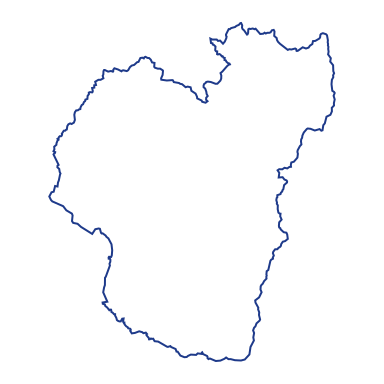 outline of Rong Kwang, Phrae, Thailand
{"feature_id": "78962969B55827771181130", "entity_name": "Rong Kwang", "entity_type": "district", "adm_level": 2, "iso_a3": "THA", "parent_name": "Thailand", "parent_adm1": "Phrae", "projection": "natural_earth1", "projection_center": [100.384, 18.327], "detail": "fine", "context": "isolated", "style": "outline", "palette": "blue", "viewbox_px": 384, "rotation_deg": 0, "n_neighbors": 0, "source": "geoboundaries", "source_scale": "gbopen_adm2", "svg_char_len": 5836}
<svg xmlns="http://www.w3.org/2000/svg" viewBox="0 0 384 384"><path d="M220.4,360.6L224.4,358.8L226.1,357.5L228.4,359.1L230.6,359.1L234.9,360.2L241.0,360.5L244.8,359.5L249.4,354.5L250.5,347.0L253.9,340.5L253.3,337.4L254.1,333.0L253.1,330.4L254.1,327.7L255.4,326.4L256.5,323.4L259.6,320.6L260.1,319.5L259.0,315.0L259.2,312.3L258.1,309.3L258.3,307.7L255.5,302.6L255.2,300.4L259.1,297.4L261.6,292.2L260.5,289.6L260.7,286.3L261.5,284.9L262.7,283.8L264.1,281.1L266.5,278.6L266.3,276.8L266.7,275.5L266.4,274.5L266.7,271.2L268.3,270.0L270.4,260.8L271.3,259.6L273.0,258.7L272.8,257.5L273.8,255.6L272.9,253.1L273.3,251.7L275.1,249.3L277.4,249.2L278.4,247.9L280.3,246.7L280.9,245.8L281.2,244.1L282.8,241.7L285.1,241.1L287.8,238.9L287.2,234.5L286.4,232.7L283.7,232.2L280.7,229.4L280.3,228.2L279.2,227.5L278.9,225.9L279.2,222.3L281.6,219.6L280.2,216.3L280.5,213.7L279.6,213.6L278.4,212.6L277.7,209.1L277.8,205.3L276.8,203.8L277.0,202.6L276.3,200.1L276.7,197.9L277.3,197.3L277.3,195.2L280.5,194.1L280.9,192.7L282.2,191.5L282.4,190.3L283.3,189.3L284.1,185.1L287.0,182.5L287.1,181.3L286.5,180.4L284.4,179.5L282.6,177.2L278.7,177.5L279.3,172.9L277.6,170.3L279.2,169.2L282.3,169.3L284.5,167.8L287.3,168.4L289.3,167.0L291.0,166.8L290.8,165.0L291.3,162.5L293.9,161.7L297.4,157.6L297.9,153.8L297.4,151.9L297.7,150.2L299.9,146.1L301.4,144.5L301.0,141.5L301.2,139.4L302.1,137.8L302.4,135.6L303.8,132.5L306.8,129.0L307.7,128.5L310.5,128.8L314.8,130.5L319.6,129.1L321.3,130.7L322.5,130.3L323.3,125.2L324.8,123.4L326.5,116.7L330.4,114.8L331.9,111.4L331.8,107.8L334.0,105.5L333.9,103.1L334.7,99.4L333.6,95.8L334.7,93.0L334.0,91.9L332.3,90.8L331.5,84.2L331.9,79.8L333.3,77.2L333.1,75.3L334.1,73.2L333.3,71.2L333.1,65.2L330.2,61.6L330.8,58.2L328.1,54.4L328.6,51.7L328.2,48.9L328.4,46.8L327.9,45.3L328.1,44.0L327.7,42.4L327.9,40.3L327.0,35.3L326.0,34.2L322.9,33.2L321.1,33.9L320.4,34.8L320.1,37.3L319.4,38.5L315.3,40.9L313.0,41.1L312.3,44.1L310.0,45.6L308.6,47.6L306.0,48.5L302.7,47.3L298.0,50.7L296.9,51.0L296.5,50.8L296.2,49.1L295.2,48.5L291.4,49.5L289.3,49.2L287.8,49.9L280.0,43.8L278.0,41.8L276.9,39.8L276.7,38.1L274.2,35.9L274.5,31.4L273.7,29.9L271.9,30.3L270.6,32.3L269.3,32.8L267.3,32.8L265.8,33.5L264.6,32.7L263.3,33.7L260.2,34.0L255.6,28.7L254.5,29.2L252.8,28.5L250.5,29.0L249.2,28.7L248.3,29.3L248.1,33.0L247.5,34.4L247.0,34.6L244.1,30.4L242.6,29.1L242.0,27.6L242.2,25.3L241.1,23.0L240.4,23.1L238.8,24.9L236.4,25.9L235.1,27.0L231.1,28.1L229.8,29.2L228.7,29.1L226.0,34.5L226.1,35.9L226.6,36.5L226.3,38.2L224.8,41.6L223.0,43.7L220.1,40.6L218.0,40.9L216.7,39.5L212.3,39.5L210.4,38.6L211.0,43.0L212.5,43.3L212.8,44.6L213.8,44.9L215.5,46.5L215.2,50.1L215.9,51.2L217.2,51.4L217.1,54.2L217.9,54.5L219.3,54.0L220.4,54.6L221.9,56.4L222.6,56.2L223.5,57.7L224.7,57.9L224.5,60.0L225.8,60.4L226.3,61.6L227.8,63.0L229.5,63.6L229.9,64.4L228.6,64.8L227.1,66.1L222.3,71.6L220.5,73.1L221.3,75.5L221.2,78.6L220.4,80.6L217.4,83.7L215.6,83.8L210.8,82.0L207.9,81.6L206.2,82.0L205.6,83.0L204.2,83.9L203.6,85.4L203.6,87.2L205.2,88.6L206.3,91.7L206.6,93.9L207.7,96.0L206.2,97.7L206.1,99.8L207.5,101.2L205.6,102.7L202.2,101.8L201.6,100.5L197.2,98.4L197.0,96.7L195.6,93.6L191.4,90.8L190.6,87.3L187.7,86.6L185.6,87.2L182.1,84.2L180.1,83.8L179.0,83.0L173.8,82.1L172.9,80.3L172.4,80.1L166.8,80.5L161.3,79.7L161.1,78.3L162.6,75.0L163.0,70.8L162.7,70.3L160.2,68.7L157.9,68.7L154.9,67.7L154.2,66.8L154.5,62.9L152.0,62.4L150.8,59.7L149.2,58.1L147.4,57.9L145.5,56.8L144.5,57.2L143.8,58.4L142.4,57.7L140.4,58.0L138.5,61.9L137.1,62.2L134.2,64.9L131.7,65.6L129.9,67.2L128.2,70.2L126.8,71.1L123.4,70.3L122.3,70.5L121.5,71.3L118.1,69.5L114.4,68.3L113.3,69.7L113.2,71.4L112.9,71.7L111.0,71.0L108.1,71.6L104.8,70.0L104.1,70.0L103.5,71.1L103.3,74.6L102.7,75.8L103.4,78.3L100.6,79.8L98.4,79.8L95.2,81.7L96.0,85.0L94.2,85.3L94.3,87.6L92.1,88.0L92.8,91.0L92.5,92.1L92.2,92.4L90.0,92.1L88.8,92.6L88.9,94.2L87.6,95.9L87.4,98.9L85.4,99.6L85.1,101.1L83.9,102.1L83.1,104.2L81.7,105.1L80.5,107.5L80.3,109.1L79.0,109.4L77.9,110.3L76.2,110.4L74.9,112.2L74.3,114.8L74.9,119.9L73.9,122.6L71.6,124.0L70.1,123.4L68.4,124.3L67.3,126.1L66.8,129.5L65.8,129.9L65.3,130.6L63.8,130.7L61.8,133.8L62.1,134.5L61.7,135.7L60.9,136.3L59.8,136.2L59.0,137.0L58.4,138.1L58.6,138.8L57.6,139.0L58.1,140.0L57.7,140.1L56.5,143.2L56.4,144.8L54.2,146.7L54.4,149.4L53.5,151.2L55.2,152.1L54.8,153.2L54.3,153.2L53.5,154.4L58.6,164.9L57.5,165.7L57.4,167.3L59.2,168.9L59.7,171.9L60.5,173.6L60.1,174.3L58.8,180.5L58.0,182.5L57.5,186.5L55.1,186.0L53.7,191.7L51.5,192.3L49.3,196.5L51.0,200.0L52.3,201.4L63.2,206.2L66.3,210.3L71.9,213.6L72.6,215.4L72.0,221.1L73.2,222.9L77.6,223.8L81.0,226.9L92.2,233.9L95.3,229.2L98.7,228.5L99.9,228.8L101.0,232.8L101.7,233.5L102.6,233.3L105.7,235.6L106.3,236.7L108.4,238.4L111.5,244.3L112.2,250.3L111.8,255.4L111.2,256.9L109.0,256.8L108.6,257.5L108.7,258.7L110.0,258.8L110.4,259.8L110.3,261.8L109.5,263.8L109.9,265.5L105.8,276.7L105.0,277.8L104.9,285.1L104.1,287.4L103.2,292.3L107.3,301.7L102.6,302.5L102.8,303.8L104.9,304.5L105.3,306.0L107.2,307.5L109.3,310.2L110.1,309.6L111.1,309.7L111.5,312.1L112.6,312.6L114.0,314.2L115.1,314.2L115.1,315.6L116.3,317.8L116.9,320.0L117.7,320.7L119.3,321.4L120.7,321.4L122.2,318.7L123.6,318.5L123.1,321.7L123.8,322.9L124.4,322.7L124.6,324.4L126.2,326.3L127.8,327.3L128.2,328.3L130.3,328.8L130.8,329.9L130.2,330.8L131.8,333.4L135.0,332.9L139.2,331.3L142.3,332.2L143.4,333.2L145.8,332.6L147.0,334.0L146.4,334.5L146.5,335.3L148.8,338.0L149.0,339.3L149.8,339.3L151.0,338.5L151.7,338.9L153.2,338.7L154.6,341.2L158.2,341.6L167.0,346.7L167.9,346.9L170.4,346.1L171.1,347.0L175.6,349.0L176.5,351.6L177.7,351.7L180.4,355.6L184.4,357.2L186.7,357.0L188.0,355.9L190.8,354.6L196.1,354.9L197.7,353.4L201.6,353.9L201.8,352.6L202.2,352.3L203.1,354.1L207.1,356.0L207.6,357.0L207.5,358.1L208.5,359.1L209.9,358.5L215.8,361.0L220.4,360.6Z" fill="none" stroke="#1e3a8a" stroke-width="2"/></svg>